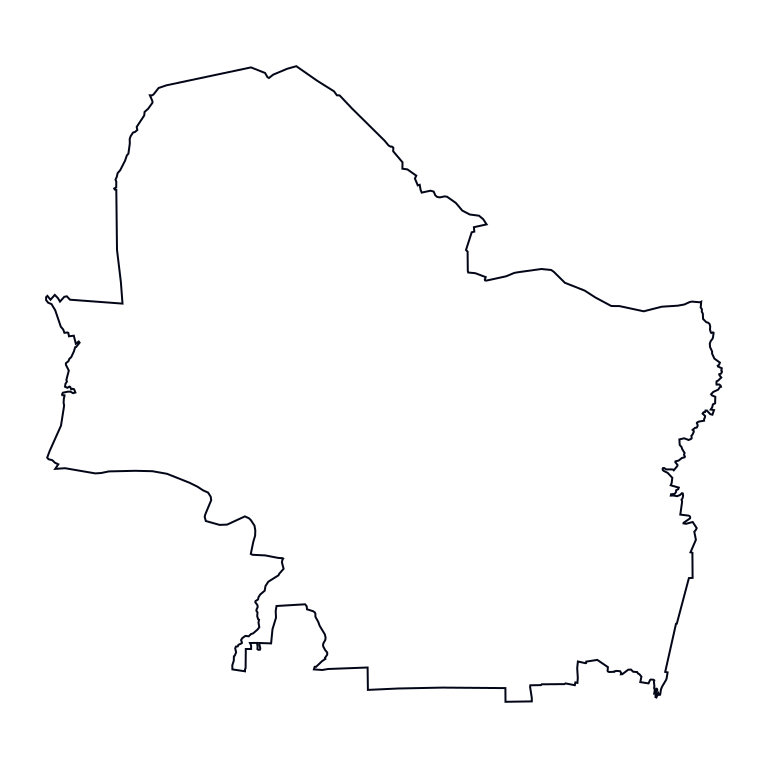 Targu Trotus, Bacau, Romania
{"feature_id": "2599482B41851709031441", "entity_name": "Targu Trotus", "entity_type": "district", "adm_level": 2, "iso_a3": "ROU", "parent_name": "Romania", "parent_adm1": "Bacau", "projection": "equal_earth", "projection_center": [26.691, 46.277], "detail": "fine", "context": "isolated", "style": "outline", "palette": "ink", "viewbox_px": 768, "rotation_deg": 0, "n_neighbors": 0, "source": "geoboundaries", "source_scale": "gbopen_adm2", "svg_char_len": 6046}
<svg xmlns="http://www.w3.org/2000/svg" viewBox="0 0 768 768"><path d="M659.0,694.9L659.9,694.9L660.2,694.4L661.0,689.3L662.1,686.6L666.2,679.7L666.7,678.0L667.6,672.4L665.2,671.9L676.0,623.8L676.8,623.7L688.9,578.1L692.6,577.9L692.4,552.8L690.5,552.3L695.9,539.8L694.3,531.7L695.8,530.0L696.7,528.1L692.7,522.0L686.0,523.8L683.5,523.4L683.6,522.8L690.0,518.4L690.2,517.3L689.7,516.2L688.5,515.6L680.3,514.6L682.0,502.5L682.1,501.2L681.5,499.8L682.6,498.1L683.1,495.8L682.8,493.5L681.9,493.2L680.2,494.9L677.1,496.2L673.3,495.5L670.8,495.6L671.0,494.3L674.5,493.9L675.3,493.1L676.0,492.0L676.2,490.2L678.2,489.2L678.8,487.6L670.7,485.3L671.7,482.8L672.3,477.8L667.7,472.9L663.7,470.9L662.8,470.0L662.6,468.8L663.0,468.1L664.1,468.0L666.2,469.4L671.7,469.4L673.1,469.6L673.8,470.3L677.4,465.9L677.5,464.9L675.3,462.2L675.5,461.3L678.6,460.6L681.9,458.0L684.6,457.3L684.9,456.6L684.0,454.8L684.6,453.0L682.2,449.1L681.6,447.1L679.7,444.9L679.4,439.4L684.2,438.3L688.7,440.0L691.4,438.7L691.7,438.0L691.4,435.8L692.5,434.6L693.8,431.7L693.7,430.9L692.6,429.9L695.0,427.9L696.7,427.6L697.6,426.0L697.6,424.8L696.8,423.0L697.1,422.5L698.8,421.6L704.1,420.7L704.1,419.1L705.0,417.2L705.1,416.0L702.6,413.6L703.5,412.3L705.1,412.0L705.5,410.5L706.8,410.5L710.3,414.2L712.4,414.7L714.0,410.1L710.7,409.5L712.2,407.3L712.9,404.4L715.1,403.3L715.3,396.8L711.8,395.3L711.1,394.2L713.3,391.9L718.1,389.7L720.0,387.0L721.0,386.8L720.6,385.6L719.3,384.5L716.6,384.6L716.4,383.6L716.6,381.3L718.1,380.6L721.3,377.5L719.5,375.3L719.2,374.3L721.1,373.5L721.9,372.1L721.9,371.2L721.3,370.7L721.8,368.3L718.0,366.5L717.7,365.8L719.1,364.7L719.9,362.6L714.4,358.6L712.1,353.7L712.1,351.5L710.0,346.9L709.8,343.6L710.7,341.1L712.5,338.8L713.0,337.4L713.6,332.8L713.0,332.4L711.3,333.0L710.8,332.3L710.0,329.7L710.2,326.3L709.6,324.1L708.2,322.7L706.3,322.2L703.1,319.0L702.8,313.5L701.8,311.8L701.9,309.2L700.7,307.6L701.2,301.7L700.0,302.3L692.1,301.6L689.8,302.0L684.3,304.5L677.6,305.7L661.8,306.7L643.7,311.3L619.5,306.1L611.3,306.0L595.4,297.5L584.7,290.6L564.9,282.8L553.9,271.9L551.2,270.0L541.3,269.0L518.3,272.2L514.3,272.9L506.1,276.3L486.4,280.6L485.1,280.4L484.8,279.7L485.7,277.1L475.3,273.2L468.2,272.5L467.8,270.9L467.6,251.6L466.0,250.0L471.7,232.3L474.3,231.6L473.9,227.2L486.6,224.4L483.2,219.2L479.0,215.7L469.8,214.5L462.3,210.6L455.9,203.0L447.0,196.7L444.5,196.4L439.9,197.4L437.1,196.9L435.3,195.3L433.7,191.6L430.5,190.7L421.7,192.6L420.6,189.9L419.7,184.8L417.8,185.4L414.9,178.5L416.3,175.7L407.4,169.4L402.4,168.7L402.5,162.3L393.2,151.3L393.3,147.6L391.7,146.5L390.7,146.7L388.6,145.5L384.5,140.6L352.0,108.5L339.6,95.4L336.9,95.3L334.0,91.3L317.4,80.9L296.3,66.2L287.1,68.8L273.3,74.6L268.9,78.0L267.5,77.2L265.1,73.0L251.0,67.4L166.5,85.3L158.6,88.0L153.5,94.5L151.9,95.4L149.9,95.3L152.4,101.1L152.5,102.7L148.1,108.8L144.6,111.9L144.2,115.5L136.7,126.9L137.3,130.0L135.1,131.9L133.0,132.6L130.6,136.3L129.7,139.0L129.8,143.6L128.4,153.7L126.9,155.3L125.0,160.8L120.2,170.2L117.6,173.2L116.8,176.8L115.5,179.7L116.3,181.7L116.2,187.3L114.2,188.5L114.8,189.6L116.3,189.8L117.0,249.8L120.9,282.3L122.5,303.6L70.0,299.7L66.8,296.3L64.3,296.8L60.0,301.6L57.9,298.1L54.8,294.9L50.5,299.7L47.4,295.9L46.1,297.2L46.1,300.1L48.1,302.7L51.5,304.1L55.2,310.2L60.8,326.7L63.2,329.5L64.4,332.8L67.5,332.5L68.3,332.9L69.0,336.3L73.8,335.7L75.8,343.7L78.7,341.5L79.6,342.7L76.0,347.1L75.2,347.2L73.8,351.6L71.2,357.2L69.4,358.8L68.4,361.2L65.9,363.2L65.9,364.8L68.8,370.6L66.4,379.8L66.9,381.6L65.5,383.7L65.0,386.7L67.4,387.8L69.4,386.6L70.2,386.9L71.2,389.3L72.8,388.8L74.1,389.3L75.4,392.5L73.1,393.2L70.5,391.7L67.7,391.7L62.9,392.7L62.1,394.2L62.3,395.2L64.5,395.3L64.5,396.1L63.9,398.2L63.6,402.9L64.1,405.2L63.8,407.7L61.0,425.6L49.7,450.9L47.2,457.6L48.5,459.2L52.3,460.2L54.9,462.7L58.3,464.3L55.2,468.9L65.0,468.2L95.3,473.4L101.2,473.0L108.9,471.4L135.3,470.8L152.4,471.2L167.0,473.8L189.4,482.7L197.5,486.7L203.0,490.3L208.1,492.6L210.7,496.7L211.2,500.2L205.4,514.1L204.7,516.8L205.8,521.0L219.6,524.9L227.1,524.6L244.9,516.4L249.0,518.3L251.0,520.3L254.5,525.7L255.3,530.5L255.1,535.7L253.3,541.8L250.8,553.9L252.5,554.8L265.2,555.4L278.1,557.9L282.7,558.2L283.2,558.6L282.5,559.5L281.9,562.3L283.6,568.8L279.2,573.8L278.5,575.3L268.3,581.7L265.5,586.0L264.7,590.7L260.2,594.5L258.4,597.4L258.1,599.4L255.5,601.1L255.3,602.3L257.3,604.9L257.6,606.0L257.6,607.3L256.5,609.6L256.4,610.8L257.5,612.4L257.2,616.2L258.2,619.3L259.0,619.7L258.5,622.7L259.3,627.2L257.7,629.4L253.1,633.4L251.1,634.0L248.7,636.3L245.4,635.9L242.2,638.2L241.1,640.1L241.9,642.3L241.8,643.2L238.5,644.8L237.7,646.4L235.9,646.6L235.2,648.3L236.1,652.3L234.8,655.6L233.9,656.3L233.8,660.6L232.3,665.3L232.4,669.4L245.0,671.3L245.0,669.3L245.6,668.2L245.8,649.0L251.1,649.0L251.1,645.4L250.0,643.0L257.0,642.9L257.6,646.5L257.4,649.1L258.4,649.8L259.9,649.7L260.3,648.5L259.1,643.0L271.1,643.4L272.5,629.2L276.0,617.7L275.7,611.0L276.5,606.0L305.1,604.3L306.7,606.3L307.0,609.3L313.1,611.2L314.7,612.3L315.4,613.7L315.4,616.7L318.3,622.0L319.6,625.7L324.8,634.3L325.6,637.6L325.3,639.9L323.3,643.5L323.0,645.3L323.4,646.8L325.2,650.1L327.2,652.5L327.2,654.7L324.9,658.0L325.4,658.9L322.1,661.1L316.1,666.8L314.7,666.8L313.9,669.4L322.3,670.0L328.0,669.0L367.6,667.5L367.9,689.9L398.2,688.5L442.4,687.6L505.4,688.1L505.5,701.8L531.8,701.4L531.8,698.0L530.1,687.0L530.3,685.3L541.0,685.1L541.7,684.3L564.4,684.1L565.5,683.4L574.8,685.2L575.4,682.4L577.4,682.9L577.8,678.0L577.2,668.1L577.9,661.5L585.5,663.2L586.1,663.0L586.2,661.6L597.3,659.9L607.9,667.1L607.6,670.8L607.8,671.4L609.1,672.0L614.3,671.8L614.4,671.3L616.4,670.9L620.1,671.2L621.2,673.0L620.9,674.3L622.3,674.2L628.2,669.7L631.0,669.6L633.1,671.7L637.2,672.1L637.9,673.4L639.5,674.3L641.4,676.7L640.3,682.1L648.5,683.4L650.1,680.0L650.9,679.5L653.6,679.8L654.3,680.4L653.9,681.8L654.4,686.2L654.1,688.0L654.8,690.1L654.2,693.5L654.7,693.4L655.5,691.9L656.4,688.7L656.9,688.8L657.3,689.7L655.5,695.0L655.5,697.1L656.4,697.5L658.3,693.2L659.0,694.9Z" fill="none" stroke="#020617" stroke-width="2"/></svg>